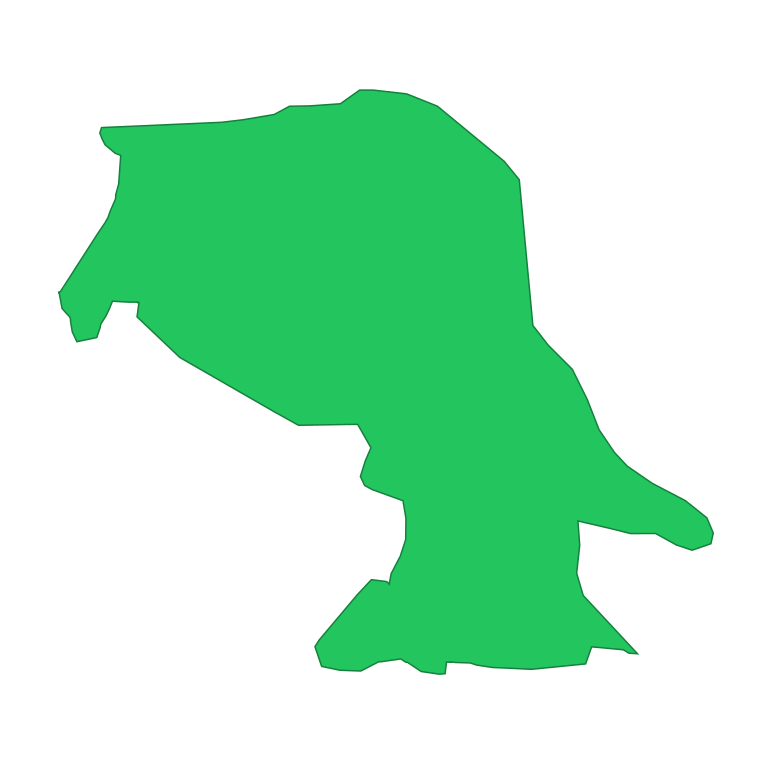 Boldumsaz, Tashauz, Turkmenistan, rotated 356°
{"feature_id": "10190150B19279847457631", "entity_name": "Boldumsaz", "entity_type": "district", "adm_level": 2, "iso_a3": "TKM", "parent_name": "Turkmenistan", "parent_adm1": "Tashauz", "projection": "equal_earth", "projection_center": [59.725, 41.991], "detail": "fine", "context": "isolated", "style": "filled", "palette": "green", "viewbox_px": 768, "rotation_deg": 356, "n_neighbors": 0, "source": "geoboundaries", "source_scale": "gbopen_adm2", "svg_char_len": 1704}
<svg xmlns="http://www.w3.org/2000/svg" viewBox="0 0 768 768"><g transform="rotate(356 384 384)"><path d="M120.0,120.2L122.5,126.0L131.8,135.0L137.3,137.6L133.3,165.9L129.6,176.4L129.1,180.6L123.3,191.7L120.1,199.0L118.2,201.6L117.4,203.1L108.4,214.6L67.6,269.3L65.9,269.7L65.9,270.4L66.3,270.4L68.1,286.1L71.6,290.8L75.3,295.3L75.3,295.9L75.7,296.4L75.7,300.0L76.7,310.3L80.6,320.4L100.7,317.6L104.7,308.1L105.7,304.4L111.2,297.0L115.1,290.2L118.9,282.5L135.7,284.6L143.9,285.1L143.8,285.6L145.2,285.8L142.3,299.8L181.5,342.6L182.0,343.2L183.3,344.1L208.5,361.0L240.3,382.4L272.9,404.3L295.8,419.2L321.8,420.6L342.9,421.7L354.8,422.4L356.6,425.9L364.1,441.6L366.5,446.7L360.1,459.1L354.0,474.6L357.6,483.9L365.0,488.6L382.7,496.4L393.5,501.2L394.8,501.7L396.1,515.1L396.5,519.6L394.8,540.7L388.2,556.9L377.9,573.7L375.2,584.1L373.0,581.3L357.8,578.3L342.7,592.3L301.5,634.8L296.8,641.2L302.1,661.4L317.7,665.8L320.1,666.5L340.9,668.7L359.4,660.7L361.5,660.9L381.5,659.4L386.4,663.1L388.0,663.3L401.0,673.4L418.8,677.3L424.7,677.3L427.0,665.8L431.5,666.3L431.5,665.9L436.0,666.8L450.5,668.3L457.0,670.9L472.7,674.4L486.9,676.0L507.8,678.5L511.5,678.9L565.6,677.3L572.8,660.7L604.1,665.8L609.5,669.6L618.1,670.8L568.0,608.9L563.0,586.2L568.0,558.5L567.9,534.2L599.6,543.9L619.5,550.4L644.5,552.1L664.5,565.0L679.8,571.3L699.0,566.1L702.1,555.7L696.8,540.1L676.5,521.4L644.5,501.7L621.0,483.0L609.2,468.5L595.4,444.7L585.7,413.6L572.9,382.5L550.5,356.7L536.6,336.0L533.2,189.7L519.4,170.2L456.7,110.6L426.9,96.2L394.0,90.1L380.2,89.1L360.0,101.4L329.3,101.4L309.1,100.3L293.2,107.5L261.3,110.6L240.1,111.6L120.1,108.5L118.0,113.8L120.0,120.2Z" fill="#22c55e" stroke="#15803d" stroke-width="1.5"/></g></svg>